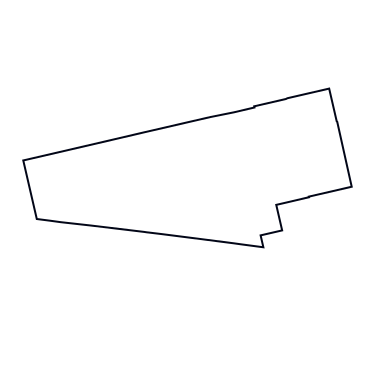 the district of Pima, Arizona, United States of America, rotated 347°
{"feature_id": "52423323B72402136661240", "entity_name": "Pima", "entity_type": "district", "adm_level": 2, "iso_a3": "USA", "parent_name": "United States of America", "parent_adm1": "Arizona", "projection": "mercator", "projection_center": [-111.635, 31.97], "detail": "fine", "context": "isolated", "style": "outline", "palette": "ink", "viewbox_px": 384, "rotation_deg": 347, "n_neighbors": 0, "source": "geoboundaries", "source_scale": "gbopen_adm2", "svg_char_len": 592}
<svg xmlns="http://www.w3.org/2000/svg" viewBox="0 0 384 384"><g transform="rotate(347 192 192)"><path d="M34.7,123.3L34.7,183.4L47.4,188.1L57.4,191.9L85.6,201.8L136.6,220.2L139.1,221.2L140.3,221.6L153.3,226.3L182.3,237.0L221.2,251.4L228.0,254.0L249.1,261.9L249.1,249.7L271.2,249.7L271.2,223.5L282.8,223.5L304.8,223.4L304.8,222.8L348.8,222.8L349.3,156.2L348.9,155.7L348.9,133.3L348.9,122.1L328.8,122.1L312.4,122.1L306.0,122.1L304.5,122.5L271.9,122.5L271.9,123.7L250.8,123.8L227.0,123.1L202.7,123.1L157.9,123.1L125.9,123.2L34.7,123.3Z" fill="none" stroke="#020617" stroke-width="2"/></g></svg>